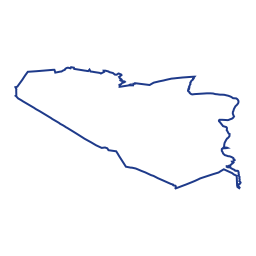 the district of Aizpute, Aizputes, Latvia
{"feature_id": "27541924B45479434258967", "entity_name": "Aizpute", "entity_type": "district", "adm_level": 2, "iso_a3": "LVA", "parent_name": "Latvia", "parent_adm1": "Aizputes", "projection": "equal_earth", "projection_center": [21.618, 56.716], "detail": "fine", "context": "isolated", "style": "outline", "palette": "blue", "viewbox_px": 256, "rotation_deg": 0, "n_neighbors": 0, "source": "geoboundaries", "source_scale": "gbopen_adm2", "svg_char_len": 4975}
<svg xmlns="http://www.w3.org/2000/svg" viewBox="0 0 256 256"><path d="M54.4,69.8L53.3,69.8L43.8,70.6L36.6,71.2L27.8,71.8L26.7,73.3L25.1,75.5L24.6,76.3L24.3,76.7L22.3,79.8L18.5,85.0L17.3,86.7L15.4,87.2L16.4,89.2L16.2,89.8L16.3,94.4L16.3,95.0L16.3,95.5L15.7,95.9L16.1,96.2L18.2,98.5L19.5,99.2L21.9,100.6L22.4,101.0L32.8,107.1L33.1,107.3L33.7,107.6L35.9,109.1L39.7,111.2L51.1,118.1L52.3,119.0L52.5,119.1L57.5,122.0L59.3,123.1L60.1,123.8L62.8,125.2L65.1,126.6L65.3,126.8L65.9,127.2L67.4,128.0L68.5,128.7L69.5,129.3L72.6,131.2L73.1,131.5L77.6,134.3L82.5,137.4L84.5,138.7L91.4,142.5L96.1,145.3L101.7,147.9L105.0,147.5L107.3,148.3L108.5,150.2L116.2,151.3L118.1,154.3L118.3,154.7L119.0,155.9L119.9,157.3L123.8,163.4L125.9,166.7L131.1,167.7L131.8,167.6L132.1,167.7L135.7,168.5L137.9,169.4L141.4,170.9L145.3,172.4L151.0,175.1L153.5,175.9L157.9,178.2L163.4,180.6L170.8,183.9L171.8,184.2L173.0,184.6L173.0,185.0L173.4,185.4L174.2,185.5L175.0,185.6L175.5,185.8L175.8,186.5L175.8,187.5L175.4,188.3L174.9,188.8L175.6,188.4L176.5,188.1L184.7,185.0L185.3,184.8L191.8,182.2L194.7,181.0L198.4,179.3L200.2,178.4L200.3,178.4L201.4,178.0L213.3,174.1L218.6,172.5L220.6,171.2L223.8,169.3L232.3,173.2L233.7,174.4L236.7,175.8L237.1,185.5L237.5,187.0L239.2,188.2L239.6,187.6L238.8,186.6L238.2,185.6L237.8,184.5L238.1,184.2L239.5,184.2L240.6,182.7L240.3,182.0L239.3,181.2L239.6,180.2L239.7,179.2L239.3,178.4L239.6,177.0L238.6,175.4L238.9,174.6L238.6,173.8L238.6,173.2L238.7,172.8L238.2,171.1L237.0,170.7L236.4,170.9L235.4,170.7L234.7,170.4L234.5,169.9L232.3,168.9L229.7,167.3L227.9,167.3L226.7,166.8L226.7,166.2L227.8,166.3L229.0,165.7L229.6,166.1L230.3,166.1L230.5,165.0L231.7,164.0L232.7,163.3L233.3,162.7L232.4,162.3L232.0,161.6L232.9,161.5L234.7,160.1L234.4,159.5L233.5,159.1L233.4,158.6L233.3,158.0L231.5,157.0L229.6,156.3L228.1,156.2L226.5,155.6L224.8,155.1L223.1,153.5L222.6,152.1L222.2,151.5L221.8,150.9L221.8,149.1L222.0,148.8L222.2,148.7L222.5,148.6L223.6,148.3L224.7,148.2L225.6,148.2L227.5,147.9L227.3,147.8L227.2,147.8L226.8,147.7L226.7,147.6L226.4,147.6L226.1,147.6L225.7,147.6L225.2,147.5L224.9,147.5L224.5,147.5L224.2,147.4L223.9,147.4L223.7,147.3L223.8,147.2L224.0,147.1L224.2,146.9L224.2,146.6L224.1,146.3L224.1,146.1L224.2,145.8L224.2,145.4L224.2,145.2L224.3,144.3L224.4,144.0L224.5,143.3L224.7,142.7L224.9,142.3L225.1,141.9L225.3,141.5L225.4,141.4L225.7,140.8L226.1,140.0L226.4,139.6L227.0,138.6L227.2,138.4L227.3,138.4L227.6,138.3L228.0,137.9L228.4,137.5L228.9,136.9L229.4,136.1L229.5,136.0L229.5,135.8L229.5,135.6L229.5,135.4L229.5,135.0L229.5,134.6L229.6,134.3L229.6,134.0L229.3,133.9L229.1,133.8L228.9,133.7L228.7,133.5L228.3,133.0L228.0,132.3L227.9,132.2L227.6,131.5L227.5,131.3L227.3,131.0L227.0,130.7L226.9,130.5L226.7,130.2L226.8,129.9L226.8,129.6L226.9,128.9L226.9,127.9L226.5,127.3L226.3,127.1L223.0,126.1L222.8,125.8L219.5,121.6L219.4,121.6L219.0,121.2L218.9,120.7L219.1,120.2L219.5,119.8L222.1,119.8L225.5,120.0L227.0,120.1L227.9,120.1L228.5,120.0L229.4,119.6L230.4,119.2L231.9,118.7L233.2,117.7L233.5,117.3L234.0,116.4L233.8,116.2L233.4,115.2L233.1,114.4L232.8,113.6L232.8,113.3L232.9,111.9L233.3,111.2L233.9,109.1L234.2,108.5L234.9,107.2L235.4,106.3L236.1,105.6L236.7,105.1L237.6,104.0L238.0,103.5L238.2,103.1L238.4,102.5L238.4,101.8L238.5,101.4L238.4,100.9L237.9,99.9L237.6,99.5L237.1,99.0L236.2,98.4L233.1,98.2L231.2,96.9L229.8,96.3L228.1,95.7L226.3,95.3L224.3,94.8L222.6,94.7L221.4,94.7L219.4,94.6L217.5,94.3L215.3,94.1L213.1,93.5L210.0,93.3L207.4,93.3L194.8,94.1L193.2,94.3L192.2,94.4L191.2,94.1L190.2,93.4L189.6,92.8L189.6,92.4L189.4,92.1L188.8,91.7L188.2,91.2L188.0,90.6L188.1,90.1L188.7,89.7L188.9,89.3L188.5,88.9L189.3,88.0L189.4,87.1L189.0,86.9L190.2,84.4L190.5,84.0L190.3,83.6L190.2,83.0L190.4,82.4L190.9,82.0L191.1,81.3L191.5,80.7L192.0,80.3L192.8,79.7L193.0,79.4L193.0,79.1L193.0,78.8L193.7,78.5L193.8,78.3L193.6,77.8L194.5,76.7L193.9,76.7L190.7,76.9L182.5,77.5L176.6,78.1L174.0,78.4L171.8,78.6L171.0,78.7L170.8,78.8L168.0,79.4L165.4,80.0L163.9,80.4L158.5,81.5L158.2,81.6L153.9,82.6L153.1,83.0L149.6,85.0L135.0,83.2L134.8,83.8L133.3,83.8L133.1,85.3L130.7,85.3L130.7,84.5L130.0,84.7L130.1,84.9L130.1,85.2L130.1,85.3L128.7,85.4L120.5,86.7L119.6,86.8L119.7,85.8L119.8,85.3L119.4,85.0L119.4,84.8L119.7,84.7L120.4,84.6L120.8,84.3L121.2,84.0L121.7,83.4L122.2,82.9L122.4,82.8L123.0,82.7L123.6,82.5L123.9,82.4L124.9,81.8L124.6,81.5L122.8,81.2L121.2,80.7L120.7,80.6L120.3,80.3L120.6,79.7L120.9,79.5L121.3,79.3L120.7,78.8L119.7,78.1L119.7,77.9L119.4,77.2L119.1,76.9L121.5,75.1L121.3,74.6L120.4,74.2L119.0,73.6L118.4,73.5L117.8,74.0L116.7,74.7L114.9,74.6L112.9,73.0L109.3,72.1L108.6,71.5L105.5,70.7L103.7,70.7L104.1,71.9L100.9,73.5L99.8,72.9L93.9,72.0L93.0,71.8L90.5,71.5L89.5,69.6L88.2,71.1L87.2,71.0L85.7,70.7L84.7,70.6L84.1,70.5L79.8,69.8L74.2,68.9L73.9,67.7L71.1,67.2L70.5,68.3L70.1,68.2L68.0,67.7L67.3,67.8L66.5,68.1L65.3,68.8L65.1,69.4L64.8,69.8L63.1,70.5L61.5,71.5L60.3,71.6L55.3,72.6L54.8,70.9L54.4,69.8Z" fill="none" stroke="#1e3a8a" stroke-width="2"/></svg>